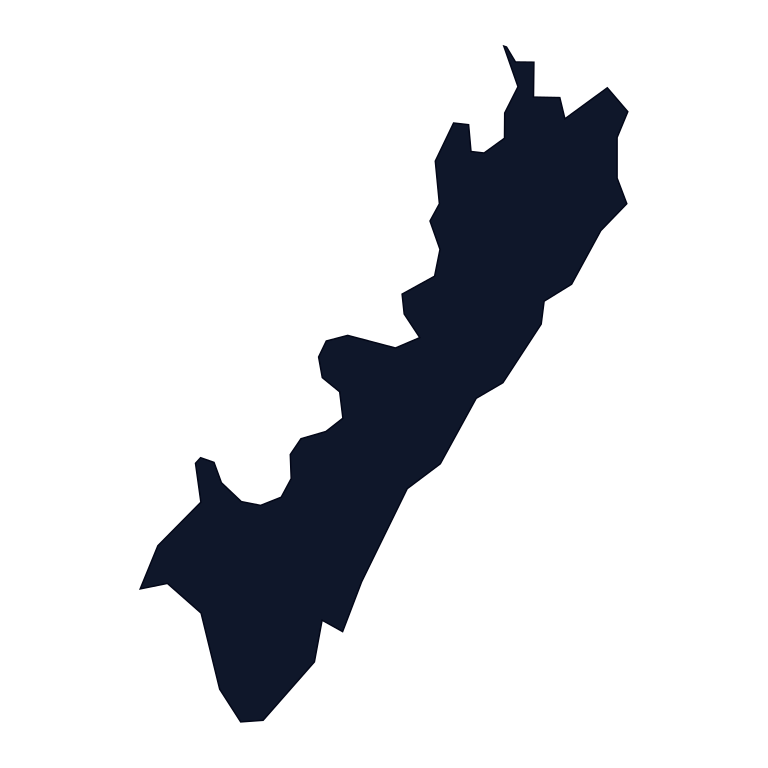 Meigs, Tennessee, United States of America
{"feature_id": "52423323B39245718526350", "entity_name": "Meigs", "entity_type": "district", "adm_level": 2, "iso_a3": "USA", "parent_name": "United States of America", "parent_adm1": "Tennessee", "projection": "mercator", "projection_center": [-84.811, 35.52], "detail": "fine", "context": "isolated", "style": "filled", "palette": "ink", "viewbox_px": 768, "rotation_deg": 0, "n_neighbors": 0, "source": "geoboundaries", "source_scale": "gbopen_adm2", "svg_char_len": 916}
<svg xmlns="http://www.w3.org/2000/svg" viewBox="0 0 768 768"><path d="M626.8,203.7L617.1,178.1L617.1,137.5L627.8,111.7L607.3,87.8L564.9,118.8L559.8,97.6L533.5,97.1L533.9,62.2L515.5,62.0L506.5,47.0L503.8,46.1L518.0,86.7L504.7,113.0L504.5,138.2L484.1,153.0L471.0,151.5L468.6,124.7L453.6,123.0L435.3,161.1L439.4,203.8L430.0,221.0L440.0,249.4L434.6,276.2L402.1,294.1L404.2,314.0L419.8,337.6L395.4,348.0L347.7,335.4L326.3,341.0L318.6,357.0L322.3,377.6L339.7,391.8L342.9,418.2L325.9,431.5L301.0,438.7L290.3,454.5L291.2,478.6L281.2,497.2L260.6,505.4L241.3,501.6L221.4,482.7L214.0,462.4L200.6,457.7L195.5,463.3L200.9,502.2L157.9,545.7L140.2,588.9L167.4,583.4L201.1,613.1L219.7,689.2L240.7,721.9L263.1,720.3L314.4,661.9L322.1,620.2L342.6,631.6L361.6,581.8L407.2,488.7L440.3,463.8L476.2,398.3L502.9,382.7L541.2,324.1L544.1,301.2L571.6,284.2L600.8,230.6L626.8,203.7Z" fill="#0f172a" stroke="#020617" stroke-width="1.5"/></svg>